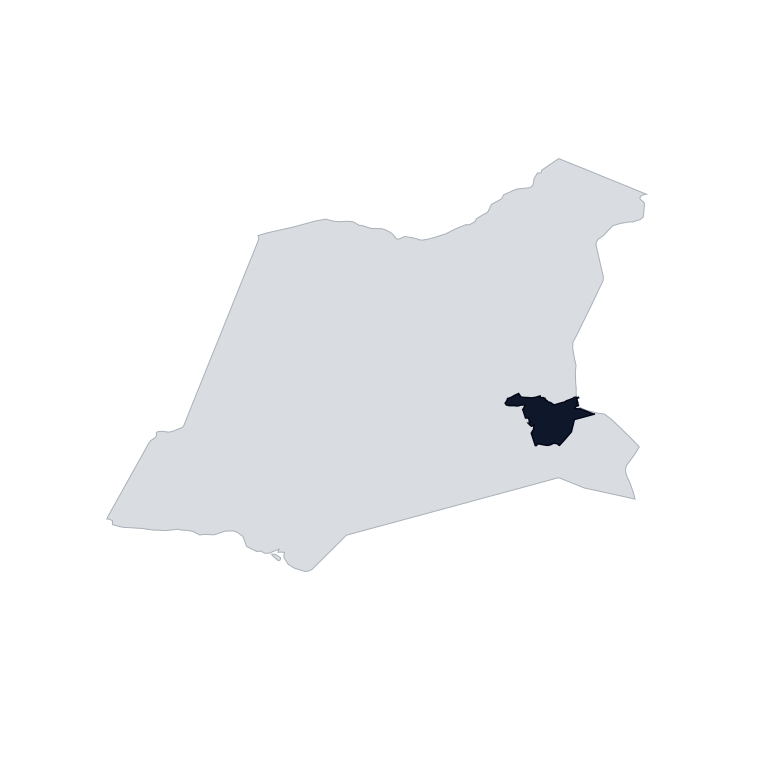 Wajir North, North-Eastern, Kenya (highlighted), rotated 75°
{"feature_id": "3690345B77349779921322", "entity_name": "Wajir North", "entity_type": "district", "adm_level": 2, "iso_a3": "KEN", "parent_name": "Kenya", "parent_adm1": "North-Eastern", "projection": "equal_earth", "projection_center": [39.341, 2.99], "detail": "fine", "context": "in_parent", "style": "filled", "palette": "ink", "viewbox_px": 768, "rotation_deg": 75, "n_neighbors": 0, "source": "geoboundaries", "source_scale": "gbopen_adm2", "svg_char_len": 7949}
<svg xmlns="http://www.w3.org/2000/svg" viewBox="0 0 768 768"><g transform="rotate(75 384 384)"><path d="M208.0,467.3L207.8,457.2L208.9,431.4L208.8,408.7L209.7,397.4L213.9,390.2L215.8,385.0L217.2,377.7L219.4,371.7L224.3,366.9L225.2,364.2L230.4,356.2L233.5,345.8L235.9,342.2L238.8,339.0L240.9,337.2L244.4,335.5L247.0,334.5L247.5,333.7L247.8,332.0L246.9,325.6L248.0,323.5L249.8,319.2L251.9,315.2L253.8,312.6L254.9,310.0L255.4,305.5L255.5,302.3L255.5,297.0L254.9,285.1L252.7,275.1L251.3,264.0L252.3,260.3L250.6,253.7L249.7,253.4L248.3,252.0L246.5,245.8L245.1,240.2L244.3,238.8L238.4,233.8L235.5,222.2L232.2,219.6L230.4,208.1L230.1,204.8L232.0,193.3L231.8,190.7L229.8,188.3L224.3,185.8L219.8,181.1L220.4,179.4L220.7,177.7L218.3,176.5L211.5,156.9L220.4,145.1L229.4,133.1L240.9,118.0L251.4,104.1L260.5,92.1L268.6,81.4L268.4,83.4L268.5,86.1L269.5,87.8L271.1,88.9L273.4,87.7L275.5,86.0L277.4,85.7L289.6,90.2L291.6,94.0L291.5,98.2L292.0,101.3L291.1,104.3L290.1,113.5L290.3,122.0L294.0,128.2L297.2,133.1L299.8,140.0L301.7,142.1L304.4,143.2L312.7,143.5L325.1,144.0L337.1,144.4L338.1,144.6L340.7,145.5L351.6,154.8L361.7,163.4L370.2,170.8L378.4,178.0L386.5,185.0L392.7,190.8L398.8,192.6L408.8,193.4L415.7,193.7L422.1,196.1L431.6,198.4L438.6,199.6L442.9,200.9L454.8,202.3L456.8,201.5L462.0,195.0L467.8,184.5L470.1,178.8L477.7,173.0L491.0,165.0L500.4,159.4L510.8,153.7L515.6,158.6L522.1,166.5L525.0,170.4L527.4,172.1L530.9,173.3L535.2,173.3L537.6,173.1L542.4,172.1L553.7,171.2L560.2,171.3L554.7,181.7L548.2,194.3L536.3,217.4L527.2,229.5L520.3,238.7L519.6,240.4L519.7,250.6L519.8,275.7L519.9,325.8L520.1,375.9L520.2,426.0L520.3,451.1L520.3,459.5L526.4,470.0L532.3,480.3L540.1,493.9L544.3,501.2L545.0,503.7L544.8,508.6L538.3,518.8L533.0,523.4L526.0,525.6L523.8,525.2L521.0,523.7L519.9,526.2L519.1,530.0L517.6,529.2L516.4,528.1L517.1,534.8L517.8,538.2L516.7,542.7L513.3,546.7L513.0,550.0L505.5,558.7L494.9,559.7L489.4,564.0L486.9,567.6L485.0,575.4L485.7,587.3L482.7,596.4L482.2,601.0L476.7,607.0L474.3,612.4L472.5,618.0L471.0,620.4L469.1,632.8L466.6,640.4L465.9,642.9L465.2,645.1L463.3,649.6L462.0,652.6L461.1,654.6L454.6,673.9L449.6,682.7L445.7,681.7L443.0,685.0L442.8,686.6L441.4,685.7L438.1,682.6L431.3,676.0L424.5,669.4L417.8,662.9L411.0,656.3L404.2,649.7L397.5,643.2L390.7,636.6L383.9,630.0L379.9,626.2L378.2,623.9L376.8,619.4L376.1,618.2L374.3,616.8L372.2,616.5L371.6,615.6L371.6,613.5L372.4,610.3L374.8,604.3L375.1,600.7L374.6,596.7L373.8,590.3L373.2,588.8L368.7,585.4L359.3,578.4L349.8,571.3L340.4,564.2L331.0,557.1L321.6,550.1L312.2,543.0L302.8,535.9L293.4,528.8L284.0,521.8L274.6,514.7L265.1,507.6L255.7,500.5L246.3,493.5L236.9,486.4L227.5,479.3L218.1,472.2L214.5,469.6L211.4,467.3L208.0,467.3ZM521.0,536.1L519.4,536.6L520.2,533.2L525.0,528.8L527.0,529.8L527.4,530.8L527.3,531.7L526.4,532.6L521.0,536.1Z" fill="#d9dde1" stroke="#a8b0b8" stroke-width="1"/><path d="M469.6,254.5L474.8,254.2L482.6,253.8L482.8,253.5L482.9,253.3L482.9,253.1L482.9,252.8L482.8,252.6L482.6,252.5L482.5,252.3L482.4,252.1L482.3,251.9L482.2,251.7L481.9,251.4L481.8,251.2L481.7,251.1L481.8,250.5L481.9,250.0L481.9,249.9L482.0,249.7L482.2,249.3L482.3,249.2L482.6,248.8L482.7,248.5L482.8,248.2L483.1,247.5L483.1,247.4L483.4,247.0L483.5,246.9L483.6,246.7L483.7,246.3L483.9,245.9L485.3,242.8L485.4,242.5L485.7,241.6L485.7,241.3L485.7,241.1L485.8,240.5L485.8,239.9L485.8,239.7L485.8,239.3L485.7,239.1L485.6,238.5L485.6,238.3L485.6,238.1L485.7,237.7L485.6,237.4L485.3,237.1L485.3,236.7L485.2,236.3L485.2,236.0L485.2,235.8L485.1,235.5L485.1,235.4L485.4,234.8L485.6,234.3L485.6,234.0L485.7,233.8L485.9,233.4L486.3,232.8L486.4,232.6L486.6,232.2L486.8,232.0L487.0,231.8L487.7,231.3L488.1,231.1L488.3,231.0L488.5,230.8L488.7,230.6L488.7,230.4L488.5,230.0L487.5,228.5L486.1,226.3L484.6,224.0L483.1,221.8L482.9,221.5L480.5,218.0L479.0,215.8L478.6,215.5L478.6,215.3L477.5,214.7L474.7,213.2L473.3,212.4L471.7,211.5L468.6,209.9L468.0,209.5L467.7,209.4L467.6,208.9L467.6,204.4L467.6,201.9L467.6,199.6L467.6,195.1L467.6,192.2L467.6,188.0L467.1,189.6L466.8,190.2L466.7,190.1L466.4,190.5L463.7,194.1L461.3,197.4L461.1,197.7L461.0,197.9L459.8,199.6L459.6,199.8L459.0,200.4L458.8,200.8L458.2,203.0L457.5,205.3L457.4,205.6L457.2,205.6L456.9,205.6L456.7,205.5L456.4,205.5L455.7,205.0L455.6,204.7L454.9,201.8L454.8,201.6L454.7,201.6L454.4,202.0L454.0,202.0L453.9,202.0L453.8,201.9L453.7,202.1L453.4,202.2L453.2,202.2L452.5,202.0L452.4,202.2L452.2,202.2L451.9,202.4L451.9,202.1L451.8,201.7L451.7,201.8L451.5,202.0L451.4,202.0L451.3,201.9L451.2,201.7L450.8,201.7L450.8,201.8L450.7,201.8L450.4,201.7L450.1,201.7L449.8,201.6L449.4,201.6L448.8,201.6L447.9,201.7L447.5,201.7L447.7,201.3L447.8,200.8L447.8,200.5L447.7,200.3L447.7,199.6L447.2,199.6L447.2,199.8L447.3,199.9L447.3,200.0L447.3,200.4L447.2,200.7L447.1,200.9L447.1,201.1L446.9,201.4L446.7,201.7L446.6,201.8L446.4,202.2L446.3,202.3L446.3,202.6L446.2,203.0L446.2,203.6L446.2,204.0L446.5,204.5L446.7,204.9L446.7,205.1L446.8,205.3L446.9,206.3L447.2,209.0L447.3,210.7L447.3,210.9L447.4,211.2L447.4,211.4L447.4,211.9L447.4,212.2L447.5,212.2L447.5,212.3L447.7,212.5L447.8,212.7L447.9,212.9L447.9,213.1L448.0,213.9L448.1,214.4L448.1,214.6L448.1,217.1L448.1,219.0L448.1,219.9L448.2,221.2L448.2,222.5L448.2,223.5L448.2,224.2L448.2,225.2L448.1,225.3L447.8,225.6L447.6,225.8L447.3,226.1L447.1,226.2L446.7,226.6L445.8,227.1L445.7,227.2L445.5,227.5L445.4,227.7L444.7,228.5L444.3,229.1L444.0,229.6L444.0,230.0L443.9,230.1L443.7,230.2L443.5,230.3L443.3,230.4L442.9,230.6L442.7,230.6L442.2,231.0L441.9,231.3L441.7,231.5L441.5,231.9L439.8,232.1L439.6,232.1L439.4,232.4L439.2,232.8L439.1,233.0L438.9,233.1L438.7,233.2L438.5,233.3L438.4,233.8L438.2,234.2L438.2,234.4L438.1,234.6L438.0,235.7L438.0,236.3L437.7,236.2L437.4,236.3L437.2,236.3L436.9,236.3L436.4,236.3L435.9,236.3L435.9,236.7L436.1,240.7L436.1,240.9L435.9,242.6L435.7,244.7L435.7,245.1L435.5,245.3L435.4,245.5L435.2,245.9L435.2,246.2L435.2,246.3L435.2,246.8L435.1,247.0L435.0,247.3L434.7,247.5L434.4,248.5L433.4,251.5L433.1,252.5L432.9,253.0L432.7,253.5L432.1,254.7L432.0,255.0L431.8,255.1L431.7,255.1L431.4,255.3L430.3,255.6L429.9,255.8L428.0,256.4L428.1,256.8L428.2,257.0L428.2,257.5L428.3,258.1L428.3,258.4L428.4,258.8L428.5,259.2L428.5,259.6L428.6,259.9L428.6,260.2L428.6,260.3L428.8,260.7L428.8,260.9L428.9,261.2L429.0,261.6L429.2,262.1L429.2,262.3L429.2,262.5L429.4,263.2L429.5,263.4L429.5,263.6L429.6,263.8L429.6,264.0L429.8,264.2L429.8,264.3L429.8,264.5L429.8,264.8L429.9,265.1L429.9,265.5L429.9,266.0L430.0,266.3L430.1,266.6L430.1,266.9L430.1,267.3L430.0,267.5L430.0,268.1L429.9,268.2L429.9,268.3L430.1,268.4L430.4,268.7L430.6,268.8L430.8,268.9L431.2,269.1L431.5,269.4L432.2,270.0L432.6,270.3L432.8,270.5L432.9,270.8L433.1,271.0L433.3,271.3L433.6,271.7L433.7,271.8L433.8,271.9L434.1,271.9L434.3,271.9L434.5,271.8L435.1,271.5L435.3,271.4L435.5,271.4L435.9,271.3L436.0,271.1L436.1,270.9L436.3,270.5L436.4,270.2L436.8,269.7L437.0,269.2L437.3,268.8L437.3,268.5L437.5,268.0L437.6,267.7L437.7,267.4L437.7,267.0L437.8,266.7L438.0,266.3L438.1,265.6L438.4,264.7L438.5,264.2L438.8,263.2L439.2,262.5L439.4,262.1L439.5,261.9L439.6,261.5L439.7,260.7L439.8,260.2L439.8,259.6L439.9,259.1L439.9,258.9L439.8,258.6L439.8,258.1L439.7,257.6L439.7,257.3L439.8,257.1L439.8,256.9L440.0,256.5L440.2,256.0L440.2,255.9L440.2,255.7L440.2,255.1L440.2,254.9L440.3,254.7L440.5,254.2L440.7,253.9L440.8,253.6L441.0,253.3L441.1,253.2L444.4,256.2L444.5,256.6L447.1,256.4L453.5,256.1L453.7,255.4L454.3,253.0L456.1,253.2L456.3,253.2L457.0,253.3L457.3,253.3L457.6,253.4L457.8,253.2L458.1,252.9L458.3,252.8L458.6,252.6L458.8,252.6L458.8,252.9L458.9,253.3L459.0,253.5L459.2,254.0L459.2,254.3L459.2,254.5L459.1,254.9L459.3,254.8L459.4,254.7L459.6,254.6L459.9,254.5L460.0,254.4L460.7,254.0L461.1,253.8L461.6,253.5L461.8,253.4L462.0,253.3L462.2,253.0L462.3,252.9L462.5,252.7L462.9,252.6L462.9,252.1L462.9,250.9L462.8,250.7L462.7,250.0L462.6,249.7L463.3,249.9L466.6,251.4L469.6,254.5Z" fill="#0f172a" stroke="#020617" stroke-width="1.5"/></g></svg>